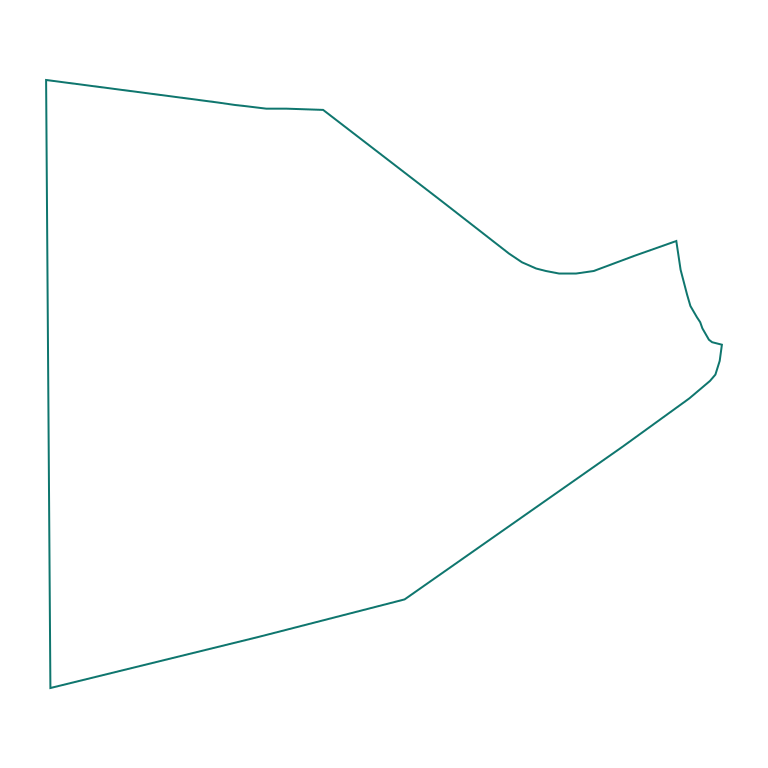 outline of Sebkha, Nouakchott, Mauritania
{"feature_id": "47542326B41815213489591", "entity_name": "Sebkha", "entity_type": "district", "adm_level": 2, "iso_a3": "MRT", "parent_name": "Mauritania", "parent_adm1": "Nouakchott", "projection": "robinson", "projection_center": [-16.0, 18.075], "detail": "fine", "context": "isolated", "style": "outline", "palette": "teal", "viewbox_px": 768, "rotation_deg": 0, "n_neighbors": 0, "source": "geoboundaries", "source_scale": "gbopen_adm2", "svg_char_len": 544}
<svg xmlns="http://www.w3.org/2000/svg" viewBox="0 0 768 768"><path d="M721.9,344.7L712.1,342.2L708.9,339.7L702.4,328.4L700.2,322.2L696.9,317.2L690.4,306.0L687.1,294.7L680.6,269.8L676.3,241.0L633.9,256.0L593.7,271.0L576.3,273.5L558.9,273.5L545.9,271.0L536.1,268.5L522.0,262.3L508.9,253.5L441.6,201.1L323.1,109.9L287.3,108.7L266.6,108.7L246.0,106.2L235.1,105.0L217.8,102.5L46.1,80.0L50.4,688.0L259.0,636.8L404.6,599.4L622.0,447.1L689.3,398.4L710.0,380.9L715.4,374.6L719.7,360.9L721.9,344.7Z" fill="none" stroke="#0f766e" stroke-width="2"/></svg>